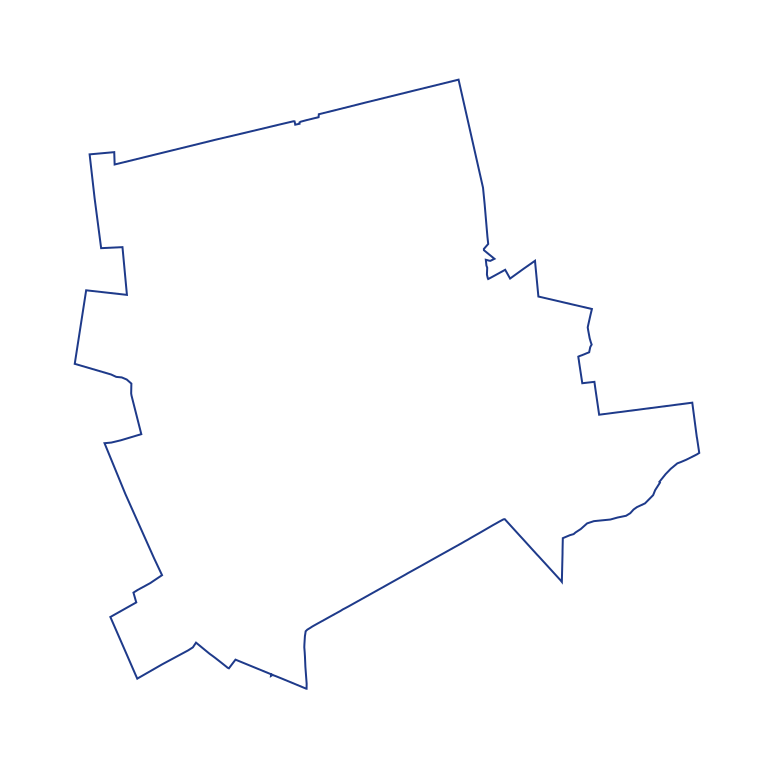 Tecuci, Galati, Romania (Albers equal-area conic projection), rotated 263°
{"feature_id": "2599482B52877412326619", "entity_name": "Tecuci", "entity_type": "district", "adm_level": 2, "iso_a3": "ROU", "parent_name": "Romania", "parent_adm1": "Galati", "projection": "albers", "projection_center": [27.399, 45.839], "detail": "fine", "context": "isolated", "style": "outline", "palette": "blue", "viewbox_px": 768, "rotation_deg": 263, "n_neighbors": 0, "source": "geoboundaries", "source_scale": "gbopen_adm2", "svg_char_len": 2822}
<svg xmlns="http://www.w3.org/2000/svg" viewBox="0 0 768 768"><g transform="rotate(263 384 384)"><path d="M207.5,109.9L199.2,111.2L197.4,111.5L195.6,107.1L186.1,84.0L146.5,95.8L126.2,101.8L121.6,103.2L121.8,103.6L132.8,129.7L143.5,157.2L145.9,162.2L150.2,165.9L137.4,178.1L135.1,180.6L132.8,183.0L127.6,188.2L122.3,193.4L121.5,194.1L120.7,195.4L128.5,203.0L110.1,235.8L109.9,236.6L108.0,236.2L108.9,238.1L108.4,238.7L108.1,239.3L107.1,241.2L104.0,246.8L91.1,269.6L91.0,270.0L96.0,270.7L112.8,271.5L122.8,272.3L127.6,272.6L132.4,272.8L135.5,273.3L143.5,274.8L145.5,275.4L148.1,276.1L149.5,277.9L151.0,281.2L151.3,281.8L151.8,282.8L152.5,284.4L154.3,288.8L161.8,307.4L163.9,312.7L164.7,314.5L165.2,315.4L165.5,316.3L165.7,316.7L165.8,317.1L167.5,321.5L190.5,377.9L192.1,381.8L192.7,383.2L192.9,383.7L193.1,384.0L193.2,384.3L195.2,389.3L197.7,395.5L203.4,409.4L217.0,442.8L218.0,445.1L219.1,447.9L221.0,452.2L221.2,452.7L223.0,457.0L224.4,460.4L225.6,463.2L230.7,475.1L231.9,478.1L233.4,481.7L235.1,486.1L235.1,487.4L216.6,500.5L213.7,502.6L203.2,510.0L195.3,515.6L194.7,516.1L178.8,527.4L168.8,534.5L168.3,534.9L166.9,535.8L165.9,536.4L194.4,540.6L196.8,540.9L209.2,542.7L211.3,550.1L211.9,553.9L213.3,556.0L216.1,561.7L217.5,563.7L220.9,568.6L222.3,575.6L221.9,592.2L223.0,599.5L223.7,608.2L225.6,612.3L225.7,612.6L229.0,616.4L231.0,620.1L233.7,628.5L240.9,637.6L245.6,640.2L252.5,645.9L253.3,645.4L260.3,652.6L264.9,658.3L269.5,665.5L270.3,668.9L272.0,674.8L276.0,686.0L277.2,688.5L292.2,688.1L293.1,688.0L327.9,687.7L327.3,593.8L353.9,593.2L360.5,593.1L360.6,580.9L381.6,580.3L382.0,580.3L383.8,580.3L385.4,580.2L387.5,580.2L387.9,581.5L388.2,582.8L388.5,584.2L388.7,584.8L388.9,585.7L389.7,588.5L390.0,589.6L390.2,590.5L390.5,591.5L395.2,593.1L396.0,593.5L397.8,594.9L399.2,594.6L400.1,594.4L400.6,594.3L402.5,594.0L404.4,593.7L412.4,593.2L415.4,593.1L417.7,593.9L427.5,597.4L433.1,599.5L439.3,582.6L452.0,547.9L485.4,548.8L487.9,548.9L481.3,536.5L473.3,522.0L482.6,518.2L478.2,507.2L476.2,502.1L475.8,501.0L475.5,500.2L476.4,499.9L479.9,499.5L480.7,499.6L486.8,500.6L489.1,500.1L494.9,500.2L493.6,503.4L493.3,504.6L494.8,508.9L499.9,504.0L504.6,499.5L505.9,499.6L510.3,504.5L517.5,504.6L550.1,505.8L566.7,506.2L677.0,495.1L671.6,449.9L665.6,399.9L661.8,369.5L659.7,352.2L656.8,351.6L655.4,339.7L654.5,333.3L653.9,332.0L652.6,331.9L652.2,327.5L653.9,327.4L655.6,327.2L655.8,326.1L654.2,311.3L650.8,281.3L646.9,245.8L641.7,202.4L634.7,143.4L647.0,144.5L647.0,144.3L647.8,119.8L603.8,119.4L553.3,119.8L551.7,141.1L503.8,139.7L513.3,99.8L441.7,79.5L426.7,114.3L423.7,119.1L422.5,124.5L419.8,129.2L415.2,133.3L405.4,131.9L403.2,132.0L363.8,137.0L360.2,115.9L359.1,106.2L359.3,99.4L306.3,113.9L239.2,134.5L221.3,140.4L216.3,130.5L214.9,127.8L209.7,114.6L207.5,109.9Z" fill="none" stroke="#1e3a8a" stroke-width="2"/></g></svg>